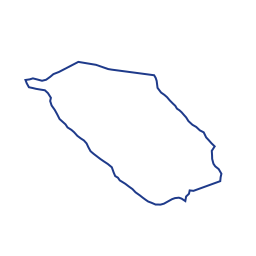 Salgadinho, Paraíba, Brazil (Mercator projection), rotated 241°
{"feature_id": "56859067B88873151085436", "entity_name": "Salgadinho", "entity_type": "district", "adm_level": 2, "iso_a3": "BRA", "parent_name": "Brazil", "parent_adm1": "Paraíba", "projection": "mercator", "projection_center": [-36.847, -7.095], "detail": "fine", "context": "isolated", "style": "outline", "palette": "blue", "viewbox_px": 256, "rotation_deg": 241, "n_neighbors": 0, "source": "geoboundaries", "source_scale": "gbopen_adm2", "svg_char_len": 1324}
<svg xmlns="http://www.w3.org/2000/svg" viewBox="0 0 256 256"><g transform="rotate(241 128 128)"><path d="M36.8,182.9L40.1,185.2L42.7,187.5L48.1,187.4L52.2,185.7L55.3,185.4L60.1,186.6L63.4,188.3L67.4,190.2L69.9,194.9L74.2,193.6L78.3,192.7L81.9,191.8L87.5,192.1L91.1,189.7L95.8,188.2L99.6,185.9L104.8,184.2L109.0,184.0L112.5,183.2L115.8,182.5L118.5,181.6L121.2,180.2L124.5,180.1L127.6,179.1L131.9,177.9L136.0,177.1L139.3,175.9L143.0,174.1L148.8,173.3L155.3,175.9L158.5,176.5L161.5,176.4L186.9,142.1L189.2,139.2L198.8,130.6L209.9,116.6L210.5,94.8L211.3,88.9L210.5,84.9L209.9,79.8L211.0,75.7L214.4,72.2L217.5,68.9L218.2,65.6L219.7,61.6L216.1,61.1L211.7,61.1L209.1,64.1L206.8,66.6L203.7,70.5L201.3,73.6L197.3,74.9L191.8,75.2L189.3,73.0L184.7,72.1L179.4,72.7L174.4,72.7L169.0,72.5L164.4,74.1L161.5,75.1L157.8,75.4L153.8,77.6L150.5,78.8L145.7,79.9L141.9,81.6L138.5,83.4L134.6,84.3L130.1,84.0L125.8,84.0L122.1,85.4L118.9,86.8L114.5,88.7L110.5,90.7L106.3,92.9L101.5,94.8L96.1,93.9L92.2,93.5L89.4,95.1L86.2,95.4L83.0,97.2L80.5,98.6L76.6,100.3L72.4,102.3L68.1,103.4L63.1,105.8L60.2,107.0L56.7,108.6L53.9,110.0L51.2,112.3L47.7,115.0L45.2,119.4L44.4,122.7L44.4,127.2L44.4,132.1L43.9,135.1L42.4,138.7L40.3,140.6L36.3,142.7L39.9,145.6L40.9,149.4L43.5,151.7L41.3,154.8L36.8,182.9Z" fill="none" stroke="#1e3a8a" stroke-width="2"/></g></svg>